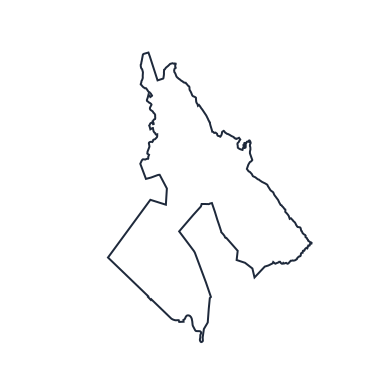 outline of Machakos Town, Eastern, Kenya, rotated 343°
{"feature_id": "3690345B82288903067354", "entity_name": "Machakos Town", "entity_type": "district", "adm_level": 2, "iso_a3": "KEN", "parent_name": "Kenya", "parent_adm1": "Eastern", "projection": "equal_earth", "projection_center": [37.261, -1.568], "detail": "fine", "context": "isolated", "style": "outline", "palette": "slate", "viewbox_px": 384, "rotation_deg": 343, "n_neighbors": 0, "source": "geoboundaries", "source_scale": "gbopen_adm2", "svg_char_len": 6065}
<svg xmlns="http://www.w3.org/2000/svg" viewBox="0 0 384 384"><g transform="rotate(343 192 192)"><path d="M291.5,275.6L291.1,275.0L290.1,274.3L289.7,273.5L289.0,272.9L288.8,272.2L288.9,271.5L288.5,270.9L288.3,269.5L287.4,268.4L287.5,267.7L287.9,267.0L287.6,266.2L286.5,265.0L286.1,264.2L285.8,263.8L285.5,261.4L285.1,261.0L285.3,258.3L285.1,257.6L284.2,257.0L282.9,256.4L282.4,255.6L282.2,254.5L281.9,253.8L281.9,253.2L281.6,251.5L281.3,250.8L280.4,249.4L280.2,248.6L279.5,247.3L279.1,246.2L278.6,246.0L277.6,246.2L277.5,243.2L277.1,241.8L276.2,239.7L275.5,238.6L275.5,237.8L276.0,236.7L276.1,236.0L275.6,235.5L275.3,234.8L274.8,233.3L274.0,231.9L273.8,231.0L273.4,230.6L273.0,230.4L272.6,228.5L272.4,227.8L272.0,224.8L270.0,219.3L269.8,218.4L269.6,216.2L269.2,215.5L267.9,213.8L267.5,213.0L266.6,209.6L266.4,209.0L266.1,207.0L265.7,206.6L264.7,205.4L261.9,202.8L260.0,200.4L259.8,199.9L258.6,199.0L256.9,196.5L254.9,194.7L254.7,194.0L254.5,192.5L254.2,191.8L253.2,189.7L252.2,188.8L251.2,186.0L253.9,182.3L256.0,180.4L257.8,179.9L259.0,179.0L258.7,172.0L259.2,170.3L260.3,168.4L260.9,166.1L260.8,165.2L261.0,164.4L261.5,163.3L262.2,162.7L262.5,161.9L262.5,161.3L262.4,160.4L262.2,159.7L261.8,159.4L261.3,159.6L260.9,159.9L260.8,160.5L260.4,160.2L259.8,160.0L259.2,160.0L257.9,161.4L257.5,160.8L257.0,160.5L256.4,160.5L256.1,161.0L256.9,162.3L257.0,163.1L256.8,163.7L255.6,162.2L254.9,162.2L254.8,163.0L255.7,164.5L255.8,165.2L255.3,165.3L254.9,165.2L254.5,164.7L254.1,164.4L253.3,165.3L252.6,166.5L251.6,165.9L250.3,164.9L249.3,163.8L248.8,163.0L249.3,160.9L249.4,159.6L249.8,158.7L251.3,157.9L251.9,157.2L253.5,155.9L252.8,153.9L251.5,154.1L249.8,154.2L249.5,153.5L249.0,153.5L248.4,152.9L247.9,151.6L246.3,150.2L245.0,148.8L244.7,148.3L243.7,147.5L243.3,147.0L242.6,146.7L241.8,145.7L241.0,144.7L240.6,143.4L240.2,142.8L238.6,143.2L238.1,143.8L237.7,144.8L237.3,145.4L236.6,146.3L235.3,147.4L234.8,147.1L234.4,146.5L233.4,146.0L233.0,145.5L232.9,145.0L232.9,144.3L233.0,143.7L231.9,142.1L230.5,142.0L229.9,140.8L229.4,140.4L229.0,140.3L229.0,139.6L229.1,138.7L229.1,133.7L229.2,131.7L229.5,130.7L229.0,129.9L229.1,129.3L228.8,128.5L228.7,127.2L228.0,123.0L225.9,116.0L225.3,114.5L224.7,112.3L224.1,110.8L222.9,111.3L222.9,109.7L222.8,109.0L222.5,108.4L222.4,106.8L222.6,106.3L222.8,104.8L223.1,104.2L223.1,103.6L223.3,102.9L222.5,101.9L221.0,100.7L220.5,99.8L220.2,96.3L219.6,93.6L219.7,92.9L220.2,91.0L220.1,90.2L219.8,89.8L219.3,89.2L218.7,87.5L218.2,86.7L217.9,85.7L217.3,85.6L216.8,85.1L216.0,84.7L215.3,83.4L214.9,83.1L214.2,82.3L213.0,80.4L212.4,79.8L211.8,78.7L211.4,78.2L210.9,77.0L210.7,73.9L210.6,73.3L210.2,72.2L210.4,71.0L210.5,70.4L211.2,69.3L211.6,68.8L212.7,68.5L212.7,66.6L213.0,66.0L213.7,65.1L213.9,64.5L213.0,64.0L212.3,64.1L211.1,63.2L208.6,63.1L206.1,64.4L203.4,65.5L201.8,66.8L201.1,66.9L200.1,69.4L200.0,70.0L199.4,71.7L198.0,74.7L197.5,75.1L191.7,75.2L191.3,50.0L191.1,45.9L186.4,45.8L185.8,45.9L185.2,46.3L182.0,52.4L181.7,52.8L180.8,54.7L180.3,55.1L180.0,55.9L179.8,56.7L179.7,57.8L179.7,59.1L180.2,60.0L180.1,63.1L178.8,66.6L178.4,68.1L178.1,68.8L177.2,70.1L176.1,71.2L175.5,72.5L174.6,73.7L174.4,74.2L175.0,75.0L175.4,76.2L176.3,77.9L177.2,78.6L177.4,79.1L178.4,79.4L178.8,80.4L179.6,83.1L180.0,83.7L180.6,84.3L180.8,85.0L181.2,85.5L181.4,86.0L181.6,87.1L182.0,88.0L181.7,88.4L179.9,89.0L178.9,86.1L177.4,88.6L175.7,90.9L175.6,91.6L175.9,92.3L176.5,92.8L177.1,94.0L177.9,94.7L178.7,95.9L178.8,96.7L176.7,98.8L176.3,99.4L176.1,100.1L176.2,101.0L176.6,101.7L177.6,102.9L178.0,103.5L178.4,105.1L178.8,105.6L179.1,106.3L179.3,107.6L178.9,108.7L178.5,110.5L178.0,111.4L176.7,111.6L175.6,112.6L175.1,112.8L175.4,114.9L175.2,115.8L174.6,115.8L174.3,114.5L174.0,114.0L173.6,113.9L172.9,114.0L172.1,114.3L171.2,115.4L170.5,115.9L170.6,117.1L170.5,119.9L172.0,119.6L172.6,119.3L173.3,119.4L173.0,122.8L173.4,124.1L174.1,125.1L174.1,126.2L174.5,126.7L175.6,126.7L175.1,128.4L174.7,129.0L174.4,129.4L172.1,130.7L170.7,130.7L170.0,131.0L169.7,131.7L169.2,132.2L168.6,132.6L167.7,132.0L166.4,131.9L165.4,132.2L165.0,132.7L164.8,134.9L164.5,136.3L161.3,140.4L160.5,142.2L161.8,143.9L160.4,145.6L160.1,146.9L159.7,147.4L158.7,147.1L158.1,147.1L156.9,147.3L154.7,146.4L154.0,146.6L153.0,147.4L150.8,149.9L151.8,166.0L157.2,166.2L164.0,165.8L165.5,165.9L166.1,166.1L169.0,181.3L163.3,196.5L149.9,187.3L92.5,230.1L119.7,279.0L119.2,279.4L121.1,283.2L121.7,282.7L135.3,307.2L136.5,308.4L137.6,309.2L138.6,309.8L141.8,310.7L141.8,312.5L146.0,313.6L146.4,311.8L147.6,311.6L148.5,310.8L149.3,309.8L150.6,308.8L151.3,308.7L152.2,308.8L153.4,309.5L153.9,310.1L154.5,311.5L154.7,313.1L154.4,315.9L153.7,319.4L153.7,320.3L154.5,324.6L154.7,325.4L155.3,326.2L158.8,327.4L159.2,327.8L159.6,328.5L159.6,329.2L159.3,329.9L158.2,331.1L157.4,333.5L156.4,335.4L156.2,336.3L156.3,337.0L156.4,337.5L156.9,338.2L157.6,338.2L158.1,338.1L158.6,337.8L158.9,337.4L159.7,334.2L163.3,326.5L168.9,321.4L174.0,308.3L178.0,298.7L179.4,297.9L178.9,282.6L177.0,250.9L176.6,249.1L168.2,225.9L186.5,214.3L196.2,208.5L197.0,207.4L197.7,206.3L200.1,207.0L204.5,208.5L205.0,208.5L205.6,208.3L207.8,208.4L208.1,217.7L208.1,225.9L208.3,232.2L208.4,238.1L208.2,238.9L209.6,241.8L210.3,243.9L210.3,244.9L210.5,245.4L211.0,245.9L211.4,245.9L218.5,261.6L214.8,270.1L222.0,275.2L227.4,282.8L226.8,292.0L239.8,284.6L243.6,284.6L248.3,283.8L249.2,282.7L250.5,284.7L251.0,285.0L251.6,284.8L254.4,284.6L254.9,284.2L255.8,284.5L256.2,285.8L256.8,286.7L257.4,287.0L257.9,286.9L258.5,286.5L258.9,287.3L261.3,287.3L261.9,288.1L262.6,288.6L263.7,288.2L266.3,286.6L267.4,286.9L268.0,286.8L269.0,287.3L269.7,287.4L271.1,287.4L272.1,286.9L272.6,286.9L273.2,286.1L274.6,285.3L275.2,285.0L275.8,285.1L276.3,284.9L276.9,285.0L277.5,284.3L278.0,283.1L278.4,282.6L278.8,282.4L280.1,282.4L280.3,281.6L280.9,280.7L281.4,280.6L281.9,281.0L282.4,280.8L283.2,279.8L284.3,279.1L284.8,279.1L285.1,278.9L285.6,279.0L285.8,279.5L286.2,279.2L286.7,278.1L287.1,277.9L287.5,277.2L287.9,277.3L288.3,277.6L288.9,277.5L289.2,276.7L289.8,276.1L291.1,276.3L291.5,275.6Z" fill="none" stroke="#1e293b" stroke-width="2"/></g></svg>